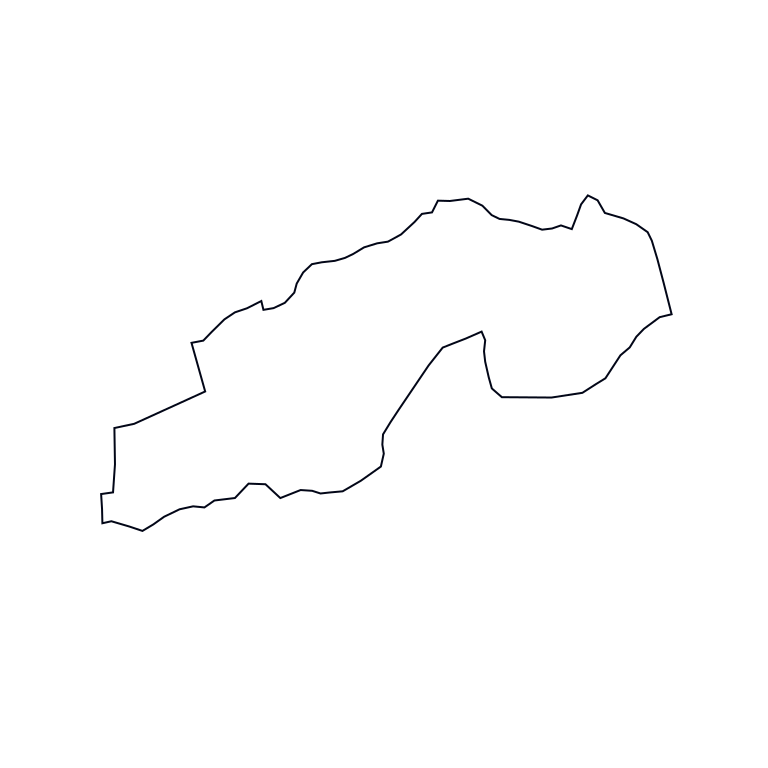 Sarandi, Paraná, Brazil, rotated 35°
{"feature_id": "56859067B2105412976878", "entity_name": "Sarandi", "entity_type": "district", "adm_level": 2, "iso_a3": "BRA", "parent_name": "Brazil", "parent_adm1": "Paraná", "projection": "albers", "projection_center": [-51.867, -23.477], "detail": "fine", "context": "isolated", "style": "outline", "palette": "ink", "viewbox_px": 768, "rotation_deg": 35, "n_neighbors": 0, "source": "geoboundaries", "source_scale": "gbopen_adm2", "svg_char_len": 1413}
<svg xmlns="http://www.w3.org/2000/svg" viewBox="0 0 768 768"><g transform="rotate(35 384 384)"><path d="M442.8,112.6L442.4,123.8L445.5,135.2L449.0,149.4L438.0,152.6L432.5,160.2L425.0,166.9L414.7,169.7L401.3,173.7L392.5,177.7L384.0,182.5L375.4,183.9L362.3,181.5L346.7,183.9L333.0,196.3L323.0,202.9L324.9,215.9L317.5,222.9L316.1,233.7L312.2,251.7L305.6,265.1L297.7,272.7L289.3,283.5L284.1,295.3L279.7,303.1L273.1,311.3L263.2,320.0L256.2,327.2L253.8,339.0L254.9,351.8L258.1,360.6L256.2,374.4L250.0,385.2L242.7,392.4L235.9,386.4L228.3,400.6L220.8,410.8L216.2,422.6L212.9,440.6L211.1,452.1L202.7,460.7L241.8,492.7L202.2,559.9L188.4,574.7L209.7,604.1L224.2,628.2L215.4,636.4L224.8,648.2L233.2,659.6L239.4,652.8L257.2,646.8L270.4,642.9L275.6,631.3L280.0,618.9L288.4,603.9L297.8,593.7L307.7,588.1L311.9,576.7L327.3,562.9L330.2,543.3L344.4,534.1L364.5,536.9L376.5,518.7L386.4,512.7L394.8,510.1L401.4,504.3L411.7,495.6L420.5,476.6L428.8,453.4L423.8,441.2L417.4,434.6L412.1,425.8L411.2,411.4L410.8,397.0L409.9,343.2L411.2,320.5L417.4,311.1L424.9,299.9L433.9,285.1L441.8,290.1L447.2,299.9L454.1,307.7L465.9,318.4L474.9,325.8L488.1,327.2L529.0,299.0L551.6,277.4L557.7,262.5L562.1,252.3L561.2,224.9L564.3,213.1L563.6,200.5L565.3,189.7L571.5,171.1L579.6,161.9L555.0,140.7L536.3,124.9L521.2,113.0L512.9,108.4L499.0,108.4L485.2,111.0L466.8,117.2L453.6,111.0L442.8,112.6Z" fill="none" stroke="#020617" stroke-width="2"/></g></svg>